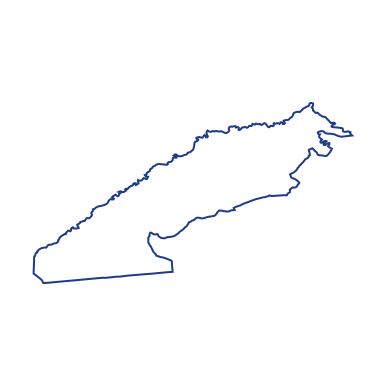 the district of Kathiani, Eastern, Kenya, rotated 266°
{"feature_id": "3690345B54323556821532", "entity_name": "Kathiani", "entity_type": "district", "adm_level": 2, "iso_a3": "KEN", "parent_name": "Kenya", "parent_adm1": "Eastern", "projection": "equal_earth", "projection_center": [37.316, -1.421], "detail": "fine", "context": "isolated", "style": "outline", "palette": "blue", "viewbox_px": 384, "rotation_deg": 266, "n_neighbors": 0, "source": "geoboundaries", "source_scale": "gbopen_adm2", "svg_char_len": 6098}
<svg xmlns="http://www.w3.org/2000/svg" viewBox="0 0 384 384"><g transform="rotate(266 192 192)"><path d="M163.9,76.4L163.6,74.4L164.0,71.0L165.1,70.6L164.6,69.5L163.8,68.9L162.0,68.6L161.3,68.0L161.9,66.9L162.1,65.7L159.6,63.2L158.8,63.1L158.9,61.9L158.2,61.0L157.7,59.6L157.0,58.3L155.3,56.6L154.3,56.2L153.3,55.1L152.2,55.2L151.4,54.6L150.3,52.6L150.3,50.8L149.3,48.0L149.4,46.0L149.0,44.7L146.7,42.7L146.9,40.9L146.6,38.6L146.2,37.3L145.4,35.7L144.0,33.9L143.4,33.3L142.6,33.5L141.8,32.1L140.9,31.5L139.1,30.9L138.6,30.1L121.7,28.3L115.8,34.9L114.3,36.2L111.6,37.3L111.5,41.2L112.7,97.3L112.4,99.1L112.8,112.0L112.6,113.3L113.0,120.8L113.3,138.6L113.3,146.3L113.7,160.3L113.7,167.1L124.4,167.0L125.2,166.2L127.9,160.7L129.0,157.7L129.1,156.4L131.0,152.0L132.3,151.6L133.5,150.5L135.1,149.3L140.1,147.3L144.0,145.2L144.8,144.9L149.3,145.2L151.5,146.7L152.9,146.7L154.4,147.6L154.1,148.7L152.8,150.3L152.3,151.4L152.2,152.5L152.4,153.6L152.3,154.8L150.3,155.5L149.5,156.3L148.3,158.2L148.0,159.4L147.7,161.6L148.5,163.6L148.7,164.8L148.7,166.8L149.1,170.4L150.0,172.7L150.7,173.6L151.8,175.6L152.9,176.6L155.0,180.1L156.3,181.7L157.0,182.2L158.4,184.5L159.7,185.3L160.7,186.2L161.8,186.5L162.3,188.2L163.2,189.6L164.3,192.8L165.4,193.8L165.9,194.7L166.0,196.1L165.8,197.3L165.0,199.5L164.9,200.8L165.1,202.2L166.0,205.9L166.6,212.2L166.9,213.1L167.4,213.9L170.3,216.2L171.7,217.9L171.4,219.2L171.4,220.3L170.8,221.5L170.4,224.2L170.1,225.2L170.0,226.9L170.2,228.0L170.8,229.2L171.0,230.4L171.1,233.3L173.2,232.5L174.3,235.3L175.3,239.3L176.5,242.0L180.3,254.8L181.7,262.6L181.8,264.9L182.4,266.4L182.3,267.5L183.2,269.0L182.5,270.8L182.4,274.4L182.4,283.7L182.1,285.2L182.2,286.5L183.0,286.8L183.8,287.5L185.0,289.7L187.6,289.8L189.6,292.8L189.3,294.0L189.3,295.2L189.6,296.2L190.3,297.1L192.0,298.1L192.8,299.1L193.8,299.7L196.1,297.7L197.5,296.0L198.2,294.8L198.8,293.0L199.8,291.9L202.8,291.1L203.5,292.3L204.3,294.7L205.6,296.6L207.1,298.3L208.4,298.9L209.1,299.8L211.0,301.3L211.6,302.3L213.1,303.7L213.9,304.8L216.8,307.4L217.8,309.7L218.8,310.7L219.8,310.8L220.4,312.1L223.4,312.0L224.6,311.6L225.9,311.5L227.2,315.2L224.2,317.7L223.1,318.9L220.3,320.3L219.7,322.0L219.4,324.4L218.4,328.2L219.4,329.8L221.3,331.8L223.7,333.6L225.4,334.6L226.7,332.5L228.2,330.9L228.9,331.3L229.7,332.3L230.4,332.5L231.3,332.3L231.1,330.9L230.4,329.4L229.5,328.2L229.8,326.7L231.0,326.7L231.8,327.5L232.2,328.4L233.2,329.6L233.6,328.4L233.3,327.0L232.0,324.6L232.4,323.7L233.6,323.7L234.4,324.2L235.2,325.3L237.6,322.8L238.7,322.7L239.8,323.0L240.5,323.6L240.7,322.6L241.4,321.9L242.4,321.6L243.0,322.2L243.5,323.5L243.7,325.1L243.6,326.2L243.1,327.7L241.7,328.8L240.9,330.8L240.6,332.2L240.6,333.9L240.0,336.0L239.6,338.2L239.1,338.9L238.5,340.2L237.7,341.6L237.2,343.3L236.7,344.8L237.2,355.7L239.0,354.1L239.9,353.7L240.6,354.2L241.7,351.8L241.3,350.1L241.3,348.9L241.6,347.8L242.1,346.8L244.3,346.9L245.1,346.4L245.9,343.1L246.9,337.0L247.3,335.9L248.3,335.9L248.9,336.5L249.7,339.0L250.5,339.4L251.3,338.5L251.1,335.5L252.6,334.1L253.5,333.7L254.2,332.9L257.1,330.6L257.9,329.0L258.1,327.5L260.4,324.5L261.6,323.6L262.4,322.4L262.2,321.2L262.8,320.2L264.0,319.5L264.9,318.4L266.9,318.4L267.9,317.3L268.7,317.9L269.4,318.7L270.2,318.9L271.8,318.9L272.4,317.7L272.5,316.3L271.7,315.3L270.6,315.0L269.8,314.6L269.2,312.5L268.4,311.1L267.9,309.8L267.2,308.5L265.7,306.9L264.2,304.9L264.5,303.8L264.6,302.0L264.2,300.3L263.5,298.9L260.8,297.6L260.0,297.0L258.9,295.1L257.6,293.7L257.2,292.7L257.1,289.7L256.7,288.4L255.9,288.5L255.1,289.1L254.2,289.5L253.5,288.7L253.4,287.6L255.3,286.4L255.3,285.3L254.5,284.9L253.8,284.0L254.5,283.1L254.7,281.6L254.3,280.2L254.9,278.7L254.2,278.1L253.4,278.3L252.5,278.2L252.0,277.5L252.5,275.1L251.2,273.6L251.6,272.4L254.0,270.9L255.4,269.8L255.6,268.7L254.5,267.2L254.0,266.2L254.5,265.3L255.3,264.5L254.9,263.4L255.2,262.0L255.8,260.6L254.8,259.4L255.8,257.1L254.7,256.8L253.7,255.9L253.9,253.6L252.7,252.5L252.2,251.3L253.2,249.7L252.9,248.3L252.8,246.5L251.4,245.2L250.5,243.8L250.8,242.8L253.1,243.1L253.6,242.0L253.3,240.3L254.6,240.1L254.6,238.1L254.3,236.7L254.6,235.3L254.2,233.9L253.6,233.4L252.8,233.1L251.9,233.2L251.0,233.5L250.3,233.3L249.6,232.6L248.8,231.3L248.4,230.2L248.6,229.2L250.5,225.7L250.5,222.5L251.2,220.4L250.8,218.6L251.4,216.8L250.8,215.6L250.8,214.1L251.4,212.9L252.2,211.9L251.6,211.2L250.7,210.7L249.8,210.6L248.6,210.8L246.4,211.7L245.6,211.1L245.5,209.8L246.8,209.4L247.9,208.5L247.2,207.6L246.3,207.1L245.5,206.4L245.6,205.2L246.3,203.4L246.3,202.4L246.1,201.1L245.7,200.1L245.0,200.1L244.4,200.6L244.0,201.8L243.2,201.8L242.4,200.6L242.0,198.8L240.9,197.9L238.8,197.6L234.7,196.4L233.8,195.6L232.0,193.1L231.4,190.5L230.6,190.0L229.8,189.2L229.6,187.6L228.7,185.0L228.4,182.7L228.7,181.1L229.7,179.7L230.6,178.6L230.6,177.5L229.7,176.4L228.2,179.2L227.3,178.9L227.6,175.8L226.6,175.1L225.5,175.0L224.6,174.5L223.7,173.4L223.3,170.7L222.6,169.7L221.5,169.8L220.9,169.1L222.3,160.7L221.7,158.1L220.7,156.9L220.2,155.1L218.7,153.8L218.1,152.9L217.7,151.9L216.0,151.4L215.3,150.5L214.6,148.7L213.8,148.0L212.7,147.9L212.2,146.1L210.7,147.1L210.2,149.2L208.2,148.0L208.2,147.0L208.9,145.7L209.2,144.6L208.5,143.9L207.7,143.4L207.0,142.5L207.1,139.8L207.6,139.1L206.3,138.9L205.3,139.3L204.3,139.2L203.5,137.9L202.9,136.4L203.7,135.7L204.6,136.2L204.8,135.1L204.3,134.1L203.2,133.7L202.5,132.9L202.3,131.7L200.9,129.1L200.0,128.5L199.3,127.7L199.9,126.5L199.3,125.6L198.0,126.2L197.6,125.1L196.8,124.2L196.7,122.8L197.4,121.3L197.7,120.3L197.2,119.0L196.7,120.2L195.8,120.5L195.2,119.2L194.0,118.9L193.3,118.4L192.9,117.5L193.9,116.3L194.6,115.2L193.5,113.5L193.2,112.5L192.3,111.9L191.5,113.1L190.8,113.6L190.1,113.0L190.1,111.9L190.6,110.4L189.9,109.2L189.2,108.4L187.3,107.4L186.2,106.2L185.5,104.6L185.1,103.3L184.5,100.6L184.1,97.3L183.0,94.7L182.2,94.0L181.8,93.2L181.6,91.9L179.9,91.8L179.1,90.6L178.0,90.1L176.1,90.7L175.0,90.0L173.3,88.2L173.0,87.0L173.4,85.5L172.6,84.4L170.6,82.9L170.6,81.3L170.0,79.7L169.8,78.4L168.7,77.9L167.4,75.2L166.2,75.4L165.0,76.2L163.9,76.4Z" fill="none" stroke="#1e3a8a" stroke-width="2"/></g></svg>